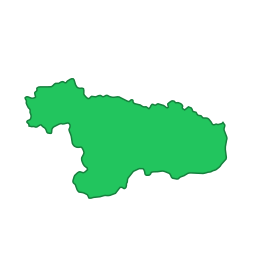 map outline of Karnali (Natural Earth projection), rotated 334°
{"feature_id": "NPL-1126", "entity_name": "Karnali", "entity_type": "Administrative Zone", "adm_level": 1, "iso_a3": "NPL", "parent_name": "Nepal", "parent_adm1": "", "projection": "natural_earth1", "projection_center": [82.262, 29.569], "detail": "fine", "context": "isolated", "style": "filled", "palette": "green", "viewbox_px": 256, "rotation_deg": 334, "n_neighbors": 0, "source": "natural_earth", "source_scale": "10m", "svg_char_len": 4369}
<svg xmlns="http://www.w3.org/2000/svg" viewBox="0 0 256 256"><g transform="rotate(334 128 128)"><path d="M65.4,52.0L67.0,52.5L75.9,56.8L77.5,57.3L79.1,57.0L80.7,56.4L82.3,56.1L85.4,57.5L88.0,57.3L89.4,57.6L90.1,58.1L91.0,59.4L91.5,59.9L92.2,60.1L92.9,59.8L93.6,59.4L94.3,59.2L97.4,58.9L99.1,59.1L100.3,59.8L100.6,61.1L99.8,66.3L100.0,68.7L100.8,70.2L102.1,71.2L104.1,72.0L105.2,73.1L104.8,74.8L103.1,78.2L103.2,79.4L103.7,81.3L104.4,83.1L105.0,84.1L106.5,84.4L107.9,83.8L109.2,83.6L112.5,85.8L114.0,86.0L115.5,86.0L117.2,86.5L117.8,87.0L118.7,88.5L119.3,89.0L120.5,89.2L121.6,89.1L122.7,89.1L123.9,89.8L124.8,91.2L126.0,92.4L127.4,93.5L128.7,94.2L132.3,95.4L133.6,96.2L139.3,103.7L140.5,104.7L141.3,104.6L142.8,104.1L143.6,104.2L144.4,104.8L144.5,105.5L144.1,106.4L143.9,107.5L144.6,109.0L149.1,112.7L150.4,114.9L151.2,115.8L152.1,116.3L153.0,116.6L153.8,117.1L154.3,118.2L155.3,119.8L156.9,119.2L158.5,117.9L160.0,117.3L160.7,117.6L161.8,118.9L162.4,119.4L163.1,119.5L164.7,119.3L165.6,119.4L169.8,123.3L170.4,124.3L171.4,126.4L172.2,127.1L173.3,127.0L173.7,126.0L173.9,124.8L174.3,123.8L174.8,123.6L176.7,123.1L178.4,122.9L179.3,122.9L180.2,123.3L181.2,124.1L181.4,124.6L181.7,125.7L181.9,126.2L182.5,126.5L183.7,127.0L184.3,127.3L186.0,129.2L186.6,130.4L186.8,131.7L186.6,132.5L186.1,132.9L185.7,133.5L185.6,134.6L186.9,136.6L191.6,135.5L193.6,137.7L193.8,139.3L193.6,140.6L193.7,141.7L196.0,143.7L196.1,144.7L196.1,145.8L196.4,147.0L197.3,147.9L198.2,148.4L199.0,149.1L199.7,151.6L200.5,152.3L202.5,153.2L203.8,154.2L204.5,155.5L205.3,158.9L205.4,160.9L205.6,161.8L206.1,162.5L207.0,162.9L208.9,163.1L209.7,163.8L210.5,164.4L213.5,165.0L214.6,165.1L215.8,164.6L216.3,167.7L216.0,168.4L215.3,169.3L214.5,170.1L213.8,171.1L213.4,172.2L212.8,179.1L212.5,180.4L212.0,181.3L211.4,181.9L207.3,187.5L206.0,190.1L203.5,197.5L202.5,198.9L195.9,201.6L194.3,202.6L192.7,203.2L189.2,204.0L187.8,204.0L185.4,203.6L183.7,203.7L182.5,203.5L180.5,202.8L178.4,202.5L175.6,201.8L164.6,195.8L163.0,195.2L162.0,195.0L157.5,195.4L153.7,195.0L152.7,195.1L151.9,195.4L150.7,195.7L149.6,195.3L146.1,192.7L145.7,191.9L145.5,191.0L145.6,189.8L145.6,188.5L145.4,187.3L145.0,186.6L142.1,183.4L140.9,182.3L139.9,181.7L135.6,180.3L131.1,178.3L129.5,178.1L128.7,178.6L128.4,178.9L128.4,179.0L127.8,179.3L126.9,179.6L126.3,179.6L125.7,179.4L124.1,178.7L123.7,178.4L123.4,177.9L123.2,177.4L123.2,176.8L123.4,175.9L123.6,175.3L123.8,174.6L123.9,173.8L124.0,172.9L123.9,172.1L123.6,171.1L120.2,169.4L114.6,169.3L113.4,169.5L106.1,173.0L105.4,173.6L104.9,174.2L104.0,175.7L103.5,176.4L102.8,176.9L102.2,177.4L101.8,178.1L101.3,179.1L100.2,180.4L99.3,180.8L98.4,180.9L97.7,180.5L97.3,179.9L96.8,178.9L96.5,178.7L96.2,178.5L94.8,177.9L88.1,181.2L82.2,180.6L80.7,180.1L79.1,179.3L78.0,178.6L76.7,178.2L72.7,177.5L66.7,175.3L64.0,174.8L62.7,174.2L62.2,173.8L62.2,173.2L62.3,172.3L62.2,170.1L60.4,167.7L59.4,166.6L58.4,165.8L56.2,164.3L55.7,163.8L55.4,162.7L55.2,161.2L55.8,155.7L55.2,154.3L54.9,153.4L54.9,152.5L55.2,151.6L55.9,150.7L58.2,148.2L59.3,147.3L62.4,146.3L63.4,146.1L64.8,146.0L65.4,146.2L65.9,146.5L67.8,148.3L68.5,148.7L69.5,148.7L70.7,148.5L73.3,147.7L73.8,146.1L73.0,144.6L72.2,142.9L71.9,140.9L72.0,138.8L72.2,137.0L72.7,135.5L73.4,134.4L76.4,132.2L77.6,131.0L78.0,129.2L78.1,127.7L78.0,125.8L77.7,125.0L77.3,124.5L75.9,124.0L75.5,123.9L74.3,123.3L73.4,122.7L72.6,121.8L71.8,120.7L71.4,119.2L71.3,118.1L71.3,117.3L73.4,110.4L73.7,108.1L73.9,105.3L74.1,104.2L74.3,103.5L74.8,103.0L75.8,102.2L76.3,101.6L76.7,101.0L77.0,100.4L77.2,99.7L77.1,98.6L76.8,97.8L76.1,97.1L75.1,96.8L72.3,96.2L71.0,95.7L70.1,94.9L69.2,94.5L67.8,94.3L62.3,94.4L61.5,94.5L60.7,94.7L59.1,95.7L57.3,98.6L56.8,99.0L56.4,99.0L55.9,98.8L55.2,98.4L53.6,97.2L53.3,96.4L53.3,95.7L53.5,94.0L53.5,93.0L53.4,92.1L53.1,91.3L52.8,90.7L52.4,90.2L51.7,88.6L51.3,87.1L51.0,86.9L50.6,86.8L49.0,86.8L46.6,87.1L45.9,86.9L45.3,86.6L44.4,85.7L43.7,85.2L42.1,84.6L40.5,83.3L39.9,82.9L40.2,82.2L40.5,80.8L40.3,80.2L39.7,78.8L39.8,78.1L40.6,77.5L41.7,77.4L42.9,77.5L43.9,77.4L45.0,76.5L45.9,75.3L46.5,73.8L46.8,71.0L47.7,69.4L48.0,68.5L47.9,67.7L47.4,66.3L47.3,65.5L47.3,62.4L47.5,60.9L48.3,59.7L48.7,58.4L48.5,57.0L48.7,55.8L50.2,55.4L51.6,56.0L54.2,58.8L55.7,59.6L57.7,59.9L58.5,59.6L59.3,56.2L59.7,55.4L60.2,55.1L61.6,54.8L62.6,54.3L63.0,53.6L63.2,52.8L63.7,52.2L65.4,52.0Z" fill="#22c55e" stroke="#15803d" stroke-width="1.5"/></g></svg>